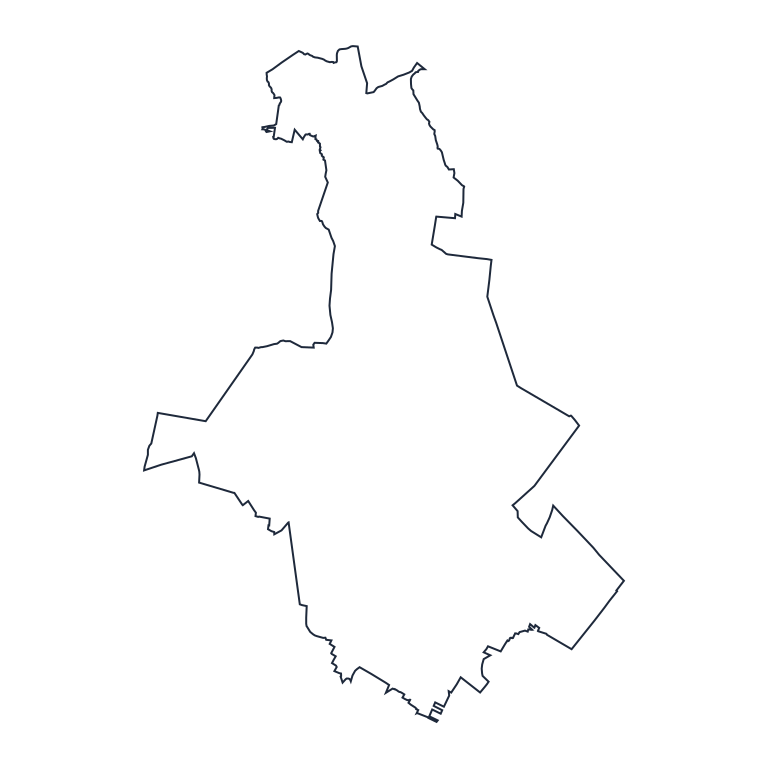 the district of Tolcayuca, Hidalgo, Mexico
{"feature_id": "50627088B94352894601909", "entity_name": "Tolcayuca", "entity_type": "district", "adm_level": 2, "iso_a3": "MEX", "parent_name": "Mexico", "parent_adm1": "Hidalgo", "projection": "robinson", "projection_center": [-98.927, 19.964], "detail": "fine", "context": "isolated", "style": "outline", "palette": "slate", "viewbox_px": 768, "rotation_deg": 0, "n_neighbors": 0, "source": "geoboundaries", "source_scale": "gbopen_adm2", "svg_char_len": 6003}
<svg xmlns="http://www.w3.org/2000/svg" viewBox="0 0 768 768"><path d="M428.5,718.0L436.5,721.9L437.7,720.4L429.3,716.3L432.2,709.5L440.7,713.7L442.2,710.2L433.7,705.9L435.2,702.4L443.9,706.7L449.2,695.6L448.7,691.2L451.2,692.6L456.8,684.2L460.7,677.3L480.1,692.5L484.7,687.0L487.0,684.1L488.6,681.7L482.6,675.9L482.1,673.4L481.7,668.6L482.2,664.4L483.7,659.1L490.3,655.3L483.7,652.3L486.4,649.1L488.0,646.3L500.7,651.4L505.0,644.2L507.4,640.5L508.1,641.1L508.9,640.7L509.6,639.5L509.6,639.0L509.9,638.2L510.4,637.8L511.6,638.0L511.9,637.8L512.3,638.1L512.6,638.1L513.0,638.0L514.4,634.9L514.8,634.3L515.1,633.4L516.1,633.4L518.3,634.1L519.6,632.1L525.0,630.6L527.7,631.6L528.3,629.4L531.6,629.8L531.6,629.6L532.0,629.6L529.1,626.8L530.1,624.1L534.2,627.6L534.4,627.7L535.4,625.1L539.2,627.9L537.9,631.0L538.1,631.2L546.4,633.8L547.0,634.8L571.6,649.2L594.3,620.8L604.4,607.7L609.6,600.6L617.1,591.2L616.4,590.5L623.9,580.8L599.1,554.8L593.4,547.8L577.3,530.8L562.8,516.0L553.2,505.6L552.2,510.0L549.7,517.3L546.9,523.4L545.6,525.7L541.2,537.3L531.1,531.0L528.2,528.5L521.5,521.5L517.8,517.4L517.6,511.1L512.6,505.3L515.2,503.2L534.4,485.9L579.1,425.6L575.0,420.2L571.5,416.1L570.9,415.6L569.2,416.3L521.1,388.2L517.0,385.6L496.2,322.9L493.5,315.4L487.3,296.7L488.5,287.0L489.4,279.7L490.8,265.6L491.5,259.9L487.0,259.1L478.2,258.2L448.0,254.4L446.2,253.9L441.6,249.9L440.1,249.3L436.3,247.4L431.7,244.6L434.9,225.3L436.2,216.9L436.3,216.6L455.0,218.2L455.3,214.0L461.6,216.6L461.9,210.9L463.3,202.8L463.5,189.3L463.6,188.5L464.2,186.6L464.0,186.3L462.0,185.2L457.8,180.8L453.6,177.5L454.4,173.1L453.8,169.2L448.9,169.5L447.4,167.0L445.7,165.6L445.1,164.4L444.9,163.5L443.7,159.9L441.9,152.3L440.8,150.5L439.4,148.9L437.7,148.6L437.5,147.9L437.7,146.4L437.3,144.6L435.8,140.1L435.2,136.0L434.3,134.0L434.7,131.2L434.6,130.1L433.2,129.3L430.4,126.5L429.4,124.9L429.0,123.4L429.4,121.8L428.2,120.1L426.9,119.3L425.5,117.6L423.8,115.4L422.2,113.0L420.9,111.7L420.0,109.0L419.7,106.4L418.9,102.7L417.5,100.7L413.5,94.2L413.3,90.4L412.3,89.4L411.4,88.0L411.0,83.9L410.9,79.0L411.7,76.6L413.3,74.5L414.6,73.5L415.6,72.3L418.1,71.9L418.3,70.8L419.8,69.7L420.9,69.2L424.7,69.2L417.1,63.0L413.9,67.5L412.1,70.8L409.2,72.5L403.6,74.7L398.1,76.4L393.3,79.4L389.8,81.3L387.5,82.4L386.1,83.9L384.4,84.7L382.3,85.9L378.3,87.0L376.6,88.2L374.8,90.7L373.6,92.1L367.3,93.4L366.3,93.1L367.1,83.2L361.4,66.3L357.7,46.5L352.9,46.1L351.1,46.4L348.3,48.0L346.9,48.5L345.4,48.8L341.3,49.1L339.5,49.4L337.9,50.9L337.0,53.3L336.8,55.0L336.9,61.1L336.4,62.2L335.1,62.4L333.6,62.9L333.1,62.0L331.7,61.9L329.9,62.2L326.7,61.3L325.0,60.4L324.1,59.7L322.3,58.9L317.7,57.7L315.0,57.4L313.0,56.7L312.3,56.0L310.2,55.2L309.4,54.8L308.7,54.1L307.6,53.5L306.6,53.8L305.4,54.5L304.1,54.2L303.0,53.0L301.9,52.4L298.8,51.0L293.0,54.8L281.6,62.6L272.5,69.3L266.6,72.8L266.7,74.8L267.0,76.3L266.8,78.1L266.9,80.0L267.6,81.6L268.3,82.0L268.8,83.0L269.0,84.0L268.9,85.0L269.6,86.4L270.6,87.3L271.2,88.1L271.6,89.2L271.6,90.9L272.1,92.2L273.1,93.0L274.3,94.7L274.5,95.6L274.3,96.6L274.2,98.1L276.6,97.9L279.0,97.4L280.1,97.5L280.6,98.4L281.0,99.7L281.2,100.9L281.0,101.8L280.6,102.3L279.7,103.7L279.5,104.8L278.8,105.5L276.2,124.1L273.8,125.5L269.3,125.9L264.3,127.0L262.4,127.2L262.4,128.0L262.9,128.9L262.6,129.3L264.3,129.4L265.7,130.2L265.8,131.1L266.5,132.0L269.9,131.3L266.5,130.0L267.9,127.9L275.0,127.8L273.6,137.5L273.3,137.4L273.4,138.0L273.8,138.8L275.1,139.2L276.3,139.2L277.2,138.8L278.2,137.8L279.5,138.3L281.1,138.7L284.5,140.4L286.1,141.4L286.9,141.8L288.3,141.5L289.9,142.0L291.8,142.2L294.7,129.7L302.8,139.3L303.7,137.4L305.4,134.7L305.9,134.4L307.8,134.5L309.1,133.8L309.7,133.8L309.9,135.0L310.1,135.2L313.2,136.5L314.2,136.2L315.7,135.6L315.3,137.8L315.6,138.1L315.5,139.2L316.5,139.5L316.9,140.8L318.0,141.0L317.8,141.8L318.2,142.5L318.8,142.5L319.1,143.1L319.9,143.6L320.0,146.7L320.5,147.2L319.7,149.7L320.5,150.3L319.8,150.9L320.2,153.0L321.9,154.3L321.8,155.7L322.7,156.7L323.4,156.8L323.8,157.5L323.4,159.6L325.0,160.5L326.4,170.3L325.7,173.6L325.2,176.8L327.8,182.5L318.1,211.0L318.2,212.8L317.2,214.1L317.8,216.8L318.3,218.3L319.9,221.0L320.9,220.9L321.7,221.0L322.3,222.0L323.0,224.3L324.5,226.6L325.8,228.0L328.7,229.6L331.5,237.8L333.2,241.1L334.9,246.1L333.5,254.1L331.6,273.7L331.1,289.9L330.0,298.5L329.5,305.7L330.4,315.0L332.0,322.2L332.9,328.3L332.5,332.4L330.9,337.0L328.2,341.0L326.3,343.6L322.9,343.1L314.6,342.8L313.3,344.7L313.7,347.6L301.5,347.1L290.1,341.1L285.4,341.2L283.3,340.5L280.4,341.1L278.1,343.0L277.0,343.7L274.0,344.1L267.0,346.2L262.5,347.1L261.2,347.1L258.4,347.9L257.9,347.8L257.3,347.6L255.2,347.6L254.8,348.2L254.1,349.7L253.8,351.1L252.4,354.4L205.7,421.2L157.8,412.9L157.4,415.7L151.3,443.5L149.4,445.7L147.9,449.8L147.9,454.8L144.6,466.7L144.1,470.4L161.2,464.7L191.8,456.3L194.0,453.2L195.9,458.2L198.9,469.8L199.3,471.7L199.5,474.6L199.1,482.6L233.4,492.8L234.4,492.9L242.2,504.6L242.8,505.2L248.2,501.0L254.0,510.1L255.9,512.7L255.5,516.1L258.2,516.9L259.1,516.6L269.7,518.6L269.2,525.4L268.5,525.3L268.0,529.2L271.5,531.2L274.2,532.0L274.3,534.3L281.5,530.4L288.2,522.6L288.6,522.4L299.8,604.3L302.0,605.1L306.7,606.1L306.2,617.7L306.2,623.8L306.6,626.2L307.0,626.7L310.2,631.9L313.1,634.3L314.8,635.4L316.7,636.1L323.2,637.9L325.4,637.7L326.2,639.8L331.4,640.4L329.7,643.9L334.5,646.9L331.2,653.2L331.7,653.9L335.7,656.3L333.8,659.6L332.0,663.1L336.0,665.6L336.7,667.0L334.4,671.1L339.4,673.2L341.0,673.5L341.1,674.7L341.1,676.1L340.6,676.5L342.6,682.6L345.6,679.3L346.7,678.5L348.1,678.5L349.4,678.9L350.3,680.0L350.8,681.3L352.5,675.5L355.1,670.8L357.0,669.1L359.6,667.2L371.4,674.0L386.0,682.9L389.1,685.0L385.9,692.8L392.6,688.6L394.9,689.4L395.0,689.2L397.4,690.6L398.5,691.5L399.7,692.0L400.5,692.1L402.1,693.0L404.3,694.4L402.5,697.6L404.9,699.0L407.2,700.1L409.8,700.1L410.6,699.0L408.5,702.8L410.7,704.6L415.2,707.5L416.5,708.8L416.3,709.2L418.2,710.1L416.7,713.2L416.9,713.1L418.5,713.6L428.7,717.6L428.5,718.0Z" fill="none" stroke="#1e293b" stroke-width="2"/></svg>